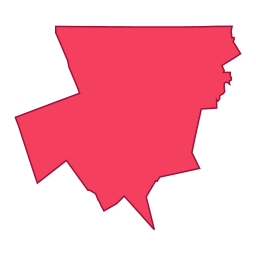 the district of Santa Cruz, Sonora, Mexico
{"feature_id": "50627088B60654527748106", "entity_name": "Santa Cruz", "entity_type": "district", "adm_level": 2, "iso_a3": "MEX", "parent_name": "Mexico", "parent_adm1": "Sonora", "projection": "orthographic", "projection_center": [-110.513, 31.156], "detail": "fine", "context": "isolated", "style": "filled", "palette": "rose", "viewbox_px": 256, "rotation_deg": 0, "n_neighbors": 0, "source": "geoboundaries", "source_scale": "gbopen_adm2", "svg_char_len": 2664}
<svg xmlns="http://www.w3.org/2000/svg" viewBox="0 0 256 256"><path d="M37.4,183.1L66.4,160.4L81.4,181.2L87.7,189.9L87.7,190.0L87.8,190.0L88.0,190.1L88.3,190.2L88.6,190.3L88.8,190.3L89.1,190.3L89.3,190.3L89.7,190.3L89.8,190.4L90.0,190.4L90.2,190.5L90.4,190.6L90.5,190.7L90.8,190.8L91.3,191.1L92.1,191.6L92.7,192.0L93.3,192.3L93.6,192.5L94.1,192.8L94.5,193.0L94.9,193.3L95.1,193.4L95.2,193.6L95.4,193.7L95.5,193.9L95.6,194.0L95.8,194.2L95.9,194.4L96.0,194.8L96.2,195.1L96.4,195.6L96.6,196.1L97.0,197.1L97.1,197.5L97.4,198.1L97.6,198.7L97.7,199.1L97.8,199.3L97.9,199.6L98.0,199.8L98.0,200.0L98.3,200.3L98.5,200.5L98.8,200.8L99.1,201.1L99.3,201.4L99.4,201.5L99.4,201.9L99.4,202.0L99.5,202.2L99.5,202.3L99.6,202.5L99.8,202.8L99.9,203.0L100.0,203.1L100.1,203.3L100.2,203.6L100.3,203.7L100.4,203.9L100.5,204.1L100.7,204.6L100.8,204.9L100.9,205.2L101.0,205.5L101.4,206.1L101.6,206.6L101.7,206.9L101.9,207.1L102.0,207.4L102.2,207.6L102.3,207.8L102.4,208.1L102.5,208.3L103.2,209.6L103.5,210.1L103.9,210.9L116.5,203.7L124.2,196.1L138.7,212.2L141.4,215.2L141.4,215.3L149.1,223.9L154.3,229.7L149.2,208.9L146.2,197.0L148.5,192.8L155.7,180.8L157.0,181.3L159.9,177.0L198.5,168.6L199.6,168.4L191.9,152.6L195.0,137.3L201.3,109.0L216.7,108.0L216.6,99.9L216.9,100.4L217.2,100.8L217.9,101.1L218.3,100.8L218.6,100.5L218.8,100.1L218.9,99.7L219.2,99.5L219.4,99.0L219.7,98.7L219.7,98.4L219.7,97.8L219.6,97.2L219.7,96.6L219.8,95.9L220.1,95.5L220.5,95.1L221.5,94.6L222.2,94.2L222.9,93.8L223.1,93.5L223.5,93.2L223.9,92.8L224.1,92.5L224.5,91.9L224.6,91.6L224.7,90.8L224.6,90.2L224.5,89.6L224.3,89.1L224.2,88.5L224.2,88.1L224.2,87.4L224.2,86.3L224.2,85.3L224.2,84.7L224.2,84.2L224.3,83.7L224.7,83.2L225.0,82.8L225.5,82.5L226.2,82.3L226.6,82.3L227.3,82.4L227.8,82.8L228.2,83.0L228.6,83.3L228.9,83.5L229.2,83.8L229.3,84.0L229.6,84.2L229.5,83.8L229.4,83.3L229.2,82.7L229.2,82.4L229.2,82.1L229.3,81.7L229.4,81.3L229.5,81.1L229.6,80.8L229.8,80.6L230.4,80.6L230.8,80.3L231.1,80.1L231.4,79.5L231.4,78.9L231.3,78.3L231.2,77.8L231.2,77.4L231.1,77.2L230.7,76.7L230.4,76.0L230.2,75.6L230.0,75.1L230.0,74.7L230.1,74.4L230.3,74.0L230.3,72.4L223.4,72.3L224.2,70.6L221.9,65.5L235.0,57.4L240.6,53.7L235.0,44.5L233.1,41.6L233.6,40.7L234.1,39.5L234.1,37.5L232.0,37.9L231.1,31.2L232.1,26.3L214.1,26.4L202.7,26.8L183.0,27.0L181.3,27.0L159.6,27.0L134.4,27.0L123.5,26.9L111.7,26.9L95.6,26.7L94.2,26.7L84.0,26.7L55.7,26.4L55.7,29.9L55.7,32.7L60.5,43.7L67.7,60.7L69.1,67.5L73.4,77.6L75.8,83.3L79.7,93.2L56.1,102.0L40.9,107.7L39.8,108.1L38.2,108.7L34.3,110.2L15.4,117.3L16.1,119.4L18.5,125.6L24.1,142.8L26.2,149.1L26.9,151.4L36.1,179.4L36.5,180.4L37.4,183.1Z" fill="#f43f5e" stroke="#9f1239" stroke-width="1.5"/></svg>